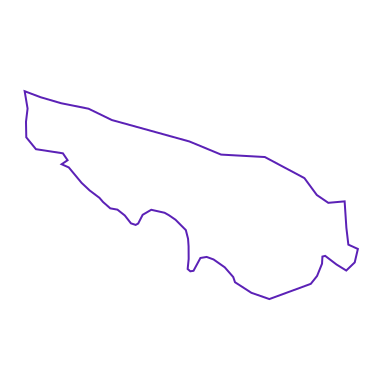 Lebanon, Equal Earth projection, rotated 86°
{"feature_id": "LBN", "entity_name": "Lebanon", "entity_type": "country or territory", "adm_level": 0, "iso_a3": "LBN", "parent_name": "Asia", "parent_adm1": "", "projection": "equal_earth", "projection_center": [35.971, 33.877], "detail": "fine", "context": "isolated", "style": "outline", "palette": "violet", "viewbox_px": 384, "rotation_deg": 86, "n_neighbors": 0, "source": "natural_earth", "source_scale": "50m", "svg_char_len": 889}
<svg xmlns="http://www.w3.org/2000/svg" viewBox="0 0 384 384"><g transform="rotate(86 192 192)"><path d="M212.0,40.4L238.4,40.5L255.4,39.7L260.4,30.5L273.6,34.6L281.1,43.6L274.4,52.9L265.0,63.6L265.5,66.4L272.6,67.3L284.5,73.1L291.9,79.9L304.2,122.3L296.7,139.8L285.0,155.4L279.7,156.8L269.4,164.6L260.8,175.2L257.8,181.9L258.4,188.2L270.7,196.0L271.0,199.2L268.5,201.7L258.6,200.0L245.9,199.2L238.4,199.2L229.6,200.8L218.5,210.4L213.5,216.7L210.8,220.8L206.9,233.9L211.3,242.8L219.7,247.9L220.9,250.5L219.0,255.1L210.7,260.7L204.4,267.6L202.6,274.7L195.7,281.5L191.4,284.7L183.3,294.0L175.2,301.5L158.9,313.2L155.2,320.1L151.6,313.9L144.4,318.1L138.4,344.7L125.9,353.5L110.3,352.7L97.3,350.2L79.8,351.9L86.9,336.4L94.3,316.4L101.7,289.4L114.6,267.0L141.4,191.1L156.7,160.4L162.2,116.9L186.0,78.9L203.7,67.7L212.3,56.8L212.0,40.4Z" fill="none" stroke="#5b21b6" stroke-width="2"/></g></svg>